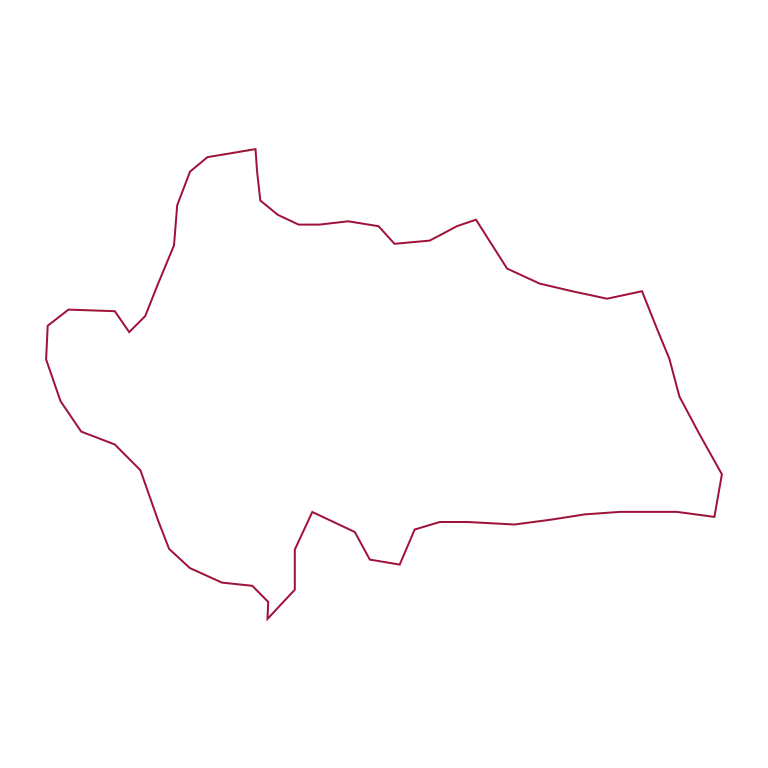 the district of Petra tou Digeni, Cyprus
{"feature_id": "46923920B30542922336508", "entity_name": "Petra tou Digeni", "entity_type": "district", "adm_level": 2, "iso_a3": "CYP", "parent_name": "Cyprus", "parent_adm1": "", "projection": "orthographic", "projection_center": [33.551, 35.238], "detail": "fine", "context": "isolated", "style": "outline", "palette": "rose", "viewbox_px": 768, "rotation_deg": 0, "n_neighbors": 0, "source": "geoboundaries", "source_scale": "gbopen_adm2", "svg_char_len": 842}
<svg xmlns="http://www.w3.org/2000/svg" viewBox="0 0 768 768"><path d="M114.8,311.2L68.5,309.6L47.7,325.7L46.1,359.4L60.5,401.1L81.2,431.6L114.8,444.5L140.4,470.2L157.9,520.0L169.1,548.9L189.9,568.1L221.9,582.6L252.3,585.8L268.2,601.9L267.5,618.9L294.8,589.7L294.8,549.6L312.3,512.0L354.8,532.0L369.8,559.6L399.7,564.6L414.7,529.5L439.7,522.0L467.2,522.0L514.6,524.5L552.1,519.5L584.6,514.4L619.5,511.9L677.0,511.9L714.4,516.9L721.9,474.3L699.4,434.1L679.4,396.5L669.4,358.9L657.0,328.8L642.0,291.2L607.0,298.7L572.0,291.2L539.6,283.6L507.1,268.6L476.0,219.7L456.9,226.2L429.7,240.6L394.5,243.8L378.5,226.2L348.2,221.3L319.4,224.6L298.6,224.6L277.9,214.9L260.3,200.5L257.1,171.6L255.5,149.1L207.5,157.1L190.0,171.6L177.2,205.3L174.0,245.4L158.0,283.9L145.2,316.1L129.2,332.1L114.8,311.2Z" fill="none" stroke="#9f1239" stroke-width="2"/></svg>